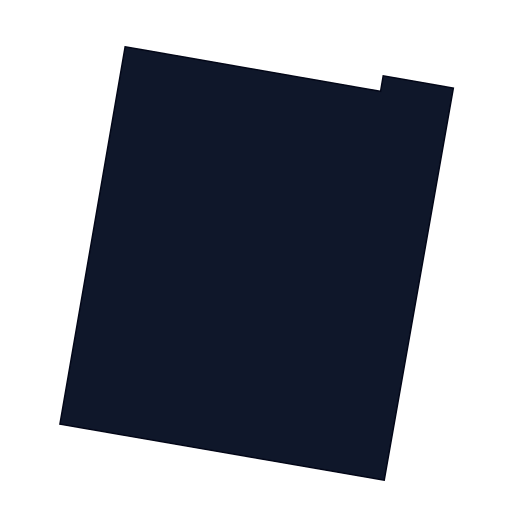 Chical Có, La Pampa, Argentina, rotated 100°
{"feature_id": "61730980B98672472309924", "entity_name": "Chical Có", "entity_type": "district", "adm_level": 2, "iso_a3": "ARG", "parent_name": "Argentina", "parent_adm1": "La Pampa", "projection": "robinson", "projection_center": [-67.812, -36.401], "detail": "fine", "context": "isolated", "style": "filled", "palette": "ink", "viewbox_px": 512, "rotation_deg": 100, "n_neighbors": 0, "source": "geoboundaries", "source_scale": "gbopen_adm2", "svg_char_len": 382}
<svg xmlns="http://www.w3.org/2000/svg" viewBox="0 0 512 512"><g transform="rotate(100 256 256)"><path d="M454.5,90.8L433.2,90.8L431.1,90.8L65.6,90.8L56.4,90.8L56.5,162.0L72.2,161.9L72.3,189.0L72.5,306.8L72.6,378.6L72.6,380.7L72.7,421.2L73.1,421.2L268.9,420.5L455.6,419.9L455.5,390.9L455.4,359.6L454.5,90.8L454.5,90.8Z" fill="#0f172a" stroke="#020617" stroke-width="1.5"/></g></svg>